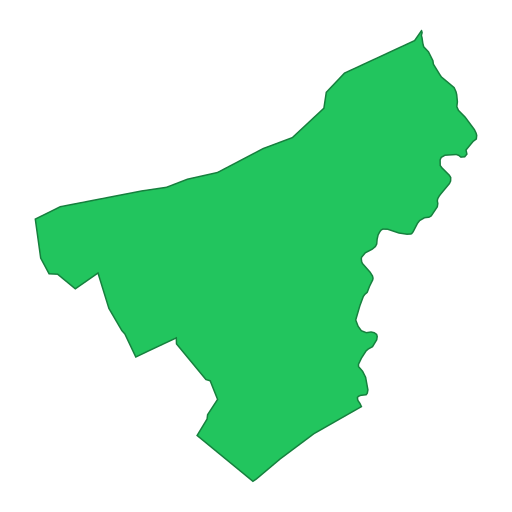 Northampton, Pennsylvania, United States of America
{"feature_id": "52423323B75013060921625", "entity_name": "Northampton", "entity_type": "district", "adm_level": 2, "iso_a3": "USA", "parent_name": "United States of America", "parent_adm1": "Pennsylvania", "projection": "albers", "projection_center": [-75.208, 40.753], "detail": "fine", "context": "isolated", "style": "filled", "palette": "green", "viewbox_px": 512, "rotation_deg": 0, "n_neighbors": 0, "source": "geoboundaries", "source_scale": "gbopen_adm2", "svg_char_len": 1810}
<svg xmlns="http://www.w3.org/2000/svg" viewBox="0 0 512 512"><path d="M252.9,481.3L256.1,479.2L280.3,458.8L314.0,433.6L361.4,406.6L360.0,403.6L357.8,400.3L357.4,397.6L358.3,396.4L360.5,395.4L366.2,394.7L367.3,393.1L367.9,389.9L365.6,377.3L362.6,371.3L358.5,366.6L358.5,364.2L361.5,358.0L366.1,350.9L368.4,348.9L372.5,346.7L376.7,339.8L377.2,336.5L376.6,334.4L374.2,332.7L371.1,332.0L366.3,332.7L361.3,330.7L358.1,326.3L355.7,320.0L359.9,305.6L363.3,296.5L364.5,294.8L364.7,294.5L367.2,292.3L369.6,286.1L372.7,279.9L373.0,278.2L372.5,276.0L370.1,272.2L362.5,263.6L361.7,261.9L361.3,258.8L361.6,257.2L365.3,252.8L372.3,249.1L375.4,246.5L376.7,244.0L377.1,239.3L378.1,234.9L379.9,231.6L381.3,229.9L382.9,229.1L387.6,229.2L398.9,233.0L407.0,234.2L410.7,234.0L411.6,233.7L413.1,231.8L417.5,223.3L419.7,220.5L424.6,217.7L429.0,217.2L431.2,215.9L437.3,206.8L437.8,203.5L437.3,200.9L437.7,198.7L439.3,195.9L440.9,193.8L449.4,183.6L450.6,181.0L450.7,177.5L449.3,175.2L441.9,167.8L440.2,165.5L440.1,159.9L441.2,157.4L445.0,155.2L456.3,154.5L458.8,155.4L460.9,157.1L464.7,156.8L466.9,154.1L466.0,150.0L473.1,141.4L476.3,139.0L476.7,135.4L476.1,133.2L474.4,129.6L465.1,117.1L458.4,110.3L456.8,106.6L457.4,101.9L456.7,94.7L456.0,91.8L454.1,87.6L441.3,76.9L439.6,74.3L433.4,64.2L432.9,60.7L428.5,51.9L423.7,46.8L422.8,43.3L422.0,37.7L421.7,36.7L421.4,35.3L422.1,32.7L421.6,30.8L421.5,30.7L414.6,40.6L344.5,73.1L326.3,92.3L323.9,108.2L292.4,137.6L263.3,148.5L217.5,172.5L187.5,179.2L166.5,187.3L142.0,190.9L60.3,206.7L35.3,219.1L40.7,258.1L49.1,273.8L57.6,274.2L75.3,288.8L98.0,273.0L108.9,308.4L121.8,330.5L124.9,334.0L135.8,357.0L147.9,351.2L164.5,343.4L176.3,337.9L176.5,343.9L205.9,379.5L210.2,380.8L217.6,399.4L207.6,414.7L207.1,419.0L197.1,435.5L252.9,481.3Z" fill="#22c55e" stroke="#15803d" stroke-width="1.5"/></svg>